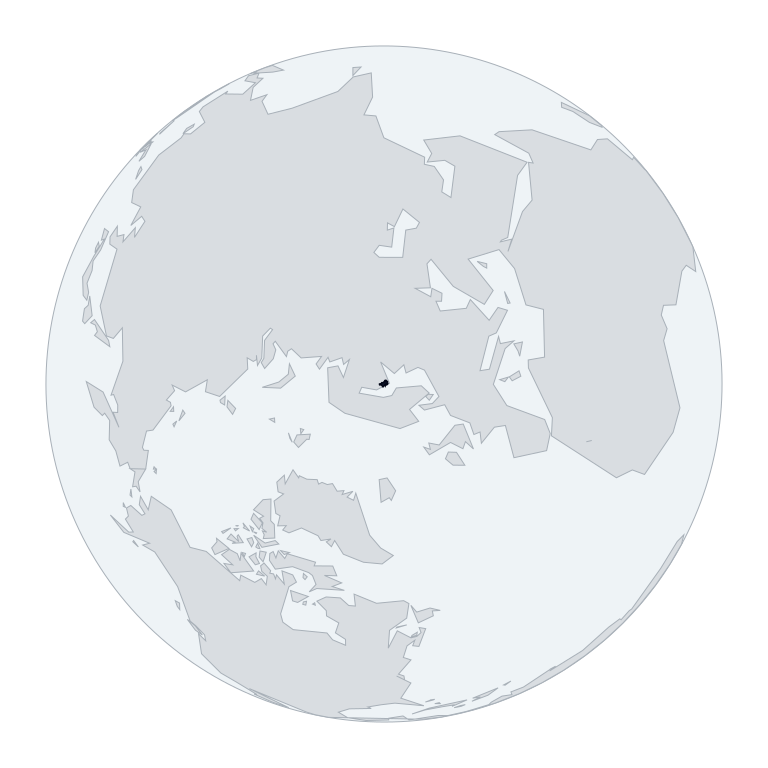 Satakunta highlighted on a globe, orthographic projection, rotated 240°
{"feature_id": "FIN-3192", "entity_name": "Satakunta", "entity_type": "Region", "adm_level": 1, "iso_a3": "FIN", "parent_name": "Finland", "parent_adm1": "", "projection": "orthographic", "projection_center": [22.046, 61.595], "detail": "fine", "context": "on_globe", "style": "filled", "palette": "ink", "viewbox_px": 768, "rotation_deg": 240, "n_neighbors": 0, "source": "natural_earth", "source_scale": "10m", "svg_char_len": 12755}
<svg xmlns="http://www.w3.org/2000/svg" viewBox="0 0 768 768"><g transform="rotate(240 384 384)"><circle cx="384" cy="384" r="338" fill="#eef3f6" stroke="#a8b0b8"/><path d="M52.0,321.1L54.9,308.5L57.0,300.0L57.3,297.8L66.9,267.2L74.1,250.3L122.9,169.5L132.1,158.9L138.7,152.8L187.5,115.1L151.3,139.7L164.1,128.4L180.4,116.5L178.6,118.7L199.4,107.3L215.3,98.2L241.6,91.1L260.4,98.5L250.8,101.2L256.5,103.2L268.8,100.1L275.6,97.6L311.8,104.0L353.1,101.5L365.2,94.5L363.3,101.4L385.6,84.5L407.4,81.5L383.3,88.9L381.2,92.9L396.3,92.5L397.4,96.6L405.4,99.0L405.4,104.0L391.3,108.6L391.1,112.1L401.8,111.7L408.5,117.0L392.9,116.9L403.1,126.3L381.4,136.7L339.5,134.4L327.9,146.3L285.8,160.7L290.1,164.4L276.8,172.9L276.8,180.5L269.0,181.5L275.8,186.8L282.9,184.5L288.2,186.2L288.9,190.6L279.0,192.5L277.3,190.5L274.7,193.4L269.5,192.6L272.5,195.5L260.5,197.6L273.2,202.2L264.3,209.5L256.2,209.1L256.0,200.3L236.6,179.5L228.3,177.3L216.7,182.5L196.9,210.1L188.1,211.6L176.9,220.1L182.1,223.0L192.8,217.5L199.7,225.4L211.9,218.3L216.6,220.7L229.5,217.3L228.5,227.4L220.6,239.2L209.8,242.7L206.0,248.2L217.0,253.0L197.8,267.9L186.5,292.7L181.4,295.8L169.9,286.6L167.9,265.6L153.1,255.6L163.6,272.1L150.7,280.4L149.0,286.2L150.2,291.8L155.5,292.7L151.3,297.8L139.3,283.0L143.0,278.0L146.7,282.6L145.7,273.0L137.5,264.0L131.6,269.4L125.5,251.5L121.2,255.3L117.5,253.9L124.8,248.9L111.6,257.8L103.5,241.5L85.4,257.7L102.2,233.8L107.5,221.5L112.4,208.5L109.4,210.7L120.0,191.6L122.6,180.4L113.3,185.6L101.5,200.3L90.7,220.1L92.2,221.0L87.0,234.5L80.5,237.7L69.8,265.2L65.0,273.4L60.5,286.6L57.7,298.1L53.9,314.5L54.8,317.8L54.7,330.1L51.0,339.5L53.9,340.0L51.8,353.3L53.8,385.0L52.7,384.6L53.9,422.7L61.1,457.1L62.7,470.8L61.3,471.5L65.1,483.1L65.3,486.0L85.9,531.3L101.0,559.2L103.5,568.3L96.9,561.9L97.7,563.6L85.1,541.7L74.2,518.9L65.0,495.4L57.5,471.3L51.9,446.7L48.2,421.7L46.3,396.5L46.3,371.2L48.2,346.1L52.0,321.1ZM80.7,261.0L68.9,298.0L70.8,281.8L71.3,283.7L75.3,273.2L81.2,256.5L84.2,243.3L80.7,261.0ZM86.3,266.5L87.9,260.8L87.0,265.8L86.3,266.5ZM278.5,96.0L269.0,99.6L257.4,101.2L265.1,97.6L278.5,96.0ZM300.7,94.9L296.5,97.4L290.7,94.3L294.8,93.8L300.7,94.9ZM373.6,88.9L365.7,89.8L373.0,87.6L373.6,88.9ZM406.5,98.4L408.4,97.0L411.7,98.9L406.5,98.4ZM229.1,212.1L229.2,214.6L226.8,213.9L229.1,212.1ZM234.6,208.3L231.6,205.7L233.8,203.5L235.6,205.2L234.6,208.3ZM414.8,108.5L419.6,112.3L412.3,109.2L414.8,108.5ZM237.8,212.2L238.0,200.0L241.9,196.4L251.9,199.8L237.8,212.2ZM420.7,114.9L432.4,124.4L437.6,121.8L429.5,135.1L422.3,122.3L412.5,118.8L419.4,118.2L420.7,114.9ZM284.9,181.9L277.3,184.6L283.0,178.4L284.9,181.9ZM287.2,177.6L297.1,157.0L308.6,155.7L303.0,162.6L317.4,158.0L318.1,167.4L310.4,172.1L302.8,171.0L308.9,175.5L287.2,177.6ZM423.2,141.1L423.9,144.3L420.4,141.9L423.2,141.1ZM290.8,186.4L291.8,182.2L301.8,180.7L301.7,188.8L298.5,186.7L290.8,186.4ZM320.8,152.3L328.2,152.8L330.9,160.5L334.1,161.8L319.1,167.5L320.8,152.3ZM296.5,189.3L301.4,193.1L297.2,197.9L290.5,190.4L296.5,189.3ZM304.5,176.9L309.2,176.7L306.5,179.4L304.5,176.9ZM285.3,217.8L286.2,212.4L291.5,211.1L285.3,217.8ZM303.4,194.2L304.9,192.5L307.0,191.5L309.3,194.9L303.4,194.2ZM322.0,172.7L321.6,175.9L328.3,170.7L330.6,176.5L320.1,179.4L325.6,180.6L326.3,182.4L317.0,182.8L322.0,172.7ZM318.2,195.5L305.7,201.5L302.8,211.5L298.0,212.9L303.6,196.6L318.2,195.5ZM318.3,187.9L317.1,192.8L311.8,191.9L309.2,187.9L318.3,187.9ZM335.9,179.5L335.1,169.9L337.4,169.6L335.9,179.5ZM318.4,198.5L321.4,197.0L318.8,199.3L318.4,198.5ZM331.7,185.5L331.1,182.0L333.7,181.8L331.7,185.5ZM327.9,197.0L323.9,198.9L322.0,196.2L327.9,197.0ZM330.5,191.9L334.3,192.4L323.8,194.1L329.8,190.3L330.5,191.9ZM334.3,185.8L335.6,184.6L334.1,187.3L334.3,185.8ZM337.2,206.4L324.5,209.2L320.4,203.1L333.4,201.2L337.2,206.4ZM352.4,720.4L348.2,720.0L325.5,710.2L335.7,705.1L332.8,698.4L306.6,676.4L312.4,665.4L305.1,658.6L290.3,656.8L281.8,647.9L272.7,645.2L215.4,628.4L197.6,610.2L175.4,564.4L185.4,556.1L186.6,538.4L255.4,503.1L270.7,513.0L325.7,517.1L332.7,520.9L327.0,536.5L368.9,559.4L381.5,546.5L418.7,554.8L442.9,550.8L450.1,519.3L410.4,525.3L402.8,510.7L433.9,492.8L468.5,487.1L466.6,481.3L444.1,472.3L451.3,458.8L436.2,468.1L442.9,473.4L433.6,479.6L426.9,475.2L429.7,470.4L419.1,469.2L408.4,493.1L414.0,501.0L386.6,506.9L393.3,521.0L386.1,527.8L372.1,506.8L373.0,498.7L347.5,473.8L344.1,482.7L367.9,507.0L360.8,505.0L356.4,518.1L354.1,506.6L329.0,478.5L303.9,479.6L272.9,505.4L258.0,503.2L245.0,491.5L255.2,459.7L287.4,468.4L291.4,458.0L284.0,438.7L294.4,443.2L295.3,436.6L307.4,438.9L323.5,425.9L335.7,426.2L341.2,406.0L348.1,403.6L342.9,416.1L345.7,425.3L375.8,426.0L381.4,421.7L382.5,408.6L390.7,410.8L387.9,398.2L404.8,392.1L381.9,389.1L382.6,374.6L392.3,363.1L388.5,357.9L372.7,376.8L370.1,385.0L374.4,392.7L363.8,415.4L353.6,418.6L349.2,393.4L334.3,395.4L337.4,375.6L378.2,335.5L395.6,327.2L426.2,343.3L422.7,353.2L409.9,352.1L422.5,366.3L421.1,358.8L427.8,360.8L430.2,348.1L435.1,348.9L429.1,335.5L435.3,335.2L439.1,343.7L448.0,325.3L460.8,321.5L460.5,317.0L456.5,313.2L475.4,311.2L474.3,308.0L467.7,307.4L461.2,300.7L457.1,288.4L463.9,288.4L466.3,292.8L481.5,302.4L486.8,314.7L489.2,313.5L486.2,302.9L467.6,291.1L463.3,283.7L472.7,287.9L468.9,285.8L468.9,282.1L475.1,278.6L465.1,273.5L455.4,235.4L466.6,225.5L476.0,233.1L476.4,208.2L489.0,200.0L482.9,199.3L478.9,187.5L474.9,189.9L471.6,188.7L459.6,160.9L462.0,154.8L449.9,143.1L446.7,142.9L444.3,146.7L429.5,135.1L437.6,121.8L444.4,122.9L444.9,114.3L460.2,118.3L473.1,118.1L489.6,128.2L498.4,127.5L497.5,124.3L508.9,121.3L535.0,127.4L517.5,136.7L479.0,132.8L495.0,135.3L492.5,139.1L498.9,142.9L510.1,144.6L510.8,142.0L534.3,169.3L563.5,185.5L558.8,172.4L564.4,167.7L593.5,177.2L634.3,220.2L642.2,216.5L648.4,220.3L654.0,232.0L645.3,226.7L643.4,233.5L637.6,229.0L643.7,246.8L635.7,241.2L644.4,258.3L650.4,258.0L647.9,244.0L659.0,261.9L667.3,256.2L677.5,264.1L694.9,303.4L698.6,331.4L700.7,335.9L697.3,341.5L700.2,359.7L712.3,360.3L714.5,365.9L715.7,395.2L714.4,391.8L705.6,406.6L709.2,423.3L716.1,415.2L718.7,420.8L715.7,431.2L712.5,427.1L709.3,432.0L706.3,419.0L696.4,410.2L693.1,427.2L689.8,419.7L675.6,418.4L668.8,442.3L660.4,490.3L665.3,510.9L659.8,528.5L638.2,517.6L627.1,501.2L620.2,511.0L597.3,507.0L560.1,532.6L554.1,528.8L547.3,536.3L531.0,537.6L521.5,530.1L512.0,535.2L537.2,554.3L547.3,548.5L554.6,532.4L559.8,540.6L575.4,540.4L560.9,573.9L504.5,618.8L497.9,604.0L449.0,564.4L449.8,557.7L449.5,557.0L448.9,555.8L445.6,567.1L436.8,557.6L464.1,590.2L469.2,604.2L503.7,620.0L500.8,623.6L511.5,624.8L544.6,604.6L545.0,609.8L530.1,639.3L483.3,680.2L489.0,691.1L484.6,700.1L454.1,711.2L455.5,713.6L439.6,717.0L438.0,717.6L409.6,720.9L381.0,721.9L352.4,720.4ZM232.8,530.3L231.2,535.7L232.8,530.3ZM506.2,495.5L526.1,487.9L515.1,471.7L521.8,467.6L515.6,463.8L514.2,470.6L498.7,459.1L506.5,449.2L503.0,441.0L496.1,443.2L484.3,463.5L506.4,479.8L502.8,489.9L506.2,495.5ZM54.0,385.9L53.8,391.5L53.1,386.4L54.0,385.9ZM68.6,282.9L67.3,289.4L65.7,294.1L66.3,289.6L68.6,282.9ZM63.6,337.1L63.3,345.4L62.6,338.3L63.6,337.1ZM67.6,303.7L63.8,330.9L62.5,318.4L65.3,301.5L64.8,311.0L67.6,303.7ZM81.8,268.1L80.4,272.6L79.1,272.9L81.8,268.1ZM85.6,270.3L85.7,268.8L87.4,265.7L85.6,270.3ZM151.4,281.2L152.3,282.6L152.4,288.7L150.0,286.7L151.4,281.2ZM167.0,311.8L159.8,319.5L163.3,312.4L158.6,310.8L160.0,294.3L178.9,296.6L170.1,298.3L167.0,311.8ZM167.1,273.5L164.0,283.3L166.6,272.6L167.1,273.5ZM288.5,399.8L292.9,405.7L288.6,412.6L273.2,413.4L279.2,403.2L288.5,399.8ZM300.1,412.4L300.0,387.9L309.5,386.9L304.2,391.5L310.5,393.3L303.6,401.3L312.8,424.8L309.7,432.6L283.0,429.0L293.4,425.7L288.5,420.0L300.1,412.4ZM282.9,331.7L283.0,322.3L303.6,332.0L301.1,339.7L285.7,340.7L279.5,332.1L282.9,331.7ZM255.4,221.1L254.1,217.8L256.9,217.1L260.2,219.5L255.4,221.1ZM285.3,215.4L263.9,235.6L261.4,232.6L252.0,248.6L241.5,247.2L248.0,236.7L232.9,247.9L234.5,237.9L225.1,246.5L240.5,223.5L241.4,215.3L244.4,224.9L253.9,226.3L258.3,224.5L271.5,213.5L278.0,197.3L288.6,196.6L294.3,200.4L294.3,204.2L287.4,203.4L292.4,209.0L282.5,210.8L285.3,215.4ZM354.9,252.1L346.9,248.5L355.2,262.3L345.4,263.2L346.9,264.8L340.1,269.6L334.6,278.3L330.0,277.3L329.8,281.1L325.3,284.6L323.5,289.6L314.6,289.8L311.7,296.0L309.2,292.5L306.6,303.4L304.5,295.5L298.5,299.5L303.6,305.0L260.2,296.0L243.6,299.1L230.8,306.3L229.1,292.4L239.9,277.1L256.9,263.7L273.1,263.0L269.4,257.1L276.1,255.1L276.3,260.6L280.0,251.1L285.6,251.0L300.6,240.5L302.6,227.3L308.2,223.3L310.2,228.5L314.3,221.0L321.9,228.1L326.0,225.6L337.6,230.3L339.0,242.1L343.6,238.4L352.6,242.1L354.9,252.1ZM340.3,208.1L344.3,221.4L340.9,228.6L322.2,217.5L317.3,218.8L305.2,212.4L310.5,202.2L313.4,204.9L317.6,205.2L314.3,208.3L320.0,206.1L324.3,209.8L329.9,209.2L329.7,213.6L340.3,208.1ZM340.2,515.4L345.6,516.6L353.8,516.5L351.2,524.9L340.2,515.4ZM322.7,496.6L327.5,496.1L327.9,507.5L322.3,506.4L322.7,496.6ZM329.9,486.4L327.8,495.2L325.6,489.8L329.9,486.4ZM347.3,415.1L352.3,413.9L353.0,417.0L350.3,421.4L347.3,415.1ZM377.4,295.1L373.4,291.4L374.8,289.5L371.8,278.2L378.9,276.8L383.4,283.2L377.4,295.1ZM443.6,526.0L436.8,533.1L433.0,530.9L436.1,528.9L443.6,526.0ZM391.9,531.4L403.9,534.6L391.1,533.7L391.9,531.4ZM384.6,291.7L382.5,287.1L387.3,289.3L384.6,291.7ZM383.9,275.3L389.5,276.8L379.4,275.4L383.9,275.3ZM539.2,678.4L513.7,696.0L498.7,701.7L497.3,701.2L507.7,692.8L525.6,683.8L534.8,676.2L539.2,678.4ZM717.4,439.1L715.7,446.7L706.1,453.9L709.7,443.7L718.5,426.1L718.1,430.5L719.6,423.3L719.6,423.8L717.4,439.1ZM721.5,400.3L721.4,398.9L721.4,390.7L721.7,383.4L718.1,338.5L717.8,332.1L720.0,347.7L719.9,347.4L721.8,373.8L721.5,400.3ZM666.7,511.3L673.6,515.3L670.0,522.6L666.7,511.3ZM713.3,315.7L717.0,334.3L712.5,314.4L713.3,315.7ZM708.5,300.8L710.0,303.5L709.2,304.9L708.5,300.8ZM704.0,340.9L703.9,349.6L702.2,347.4L701.3,335.0L704.0,340.9ZM685.4,271.2L691.6,278.3L693.8,282.2L690.7,281.6L685.4,271.2ZM442.0,276.9L438.3,293.9L440.3,306.0L448.8,312.2L435.2,311.1L432.1,292.4L442.0,276.9ZM453.0,240.4L445.5,235.5L449.7,233.1L452.0,233.9L453.0,240.4ZM447.9,240.6L437.0,243.3L433.4,237.7L442.7,236.6L447.9,240.6ZM410.9,267.2L409.3,272.2L405.4,270.2L410.9,267.2ZM711.7,301.5L712.0,303.1L714.3,313.3L708.0,289.0L708.6,289.9L711.7,301.5ZM709.3,294.8L711.7,304.3L708.2,291.9L709.3,294.8ZM711.3,304.3L709.8,301.2L708.9,295.8L711.3,304.3ZM708.4,291.1L705.2,282.9L706.2,283.9L708.4,291.1ZM705.8,294.9L706.6,288.6L708.4,302.4L700.8,290.5L699.4,283.1L705.8,294.9ZM649.5,207.6L645.6,206.2L642.2,199.3L645.9,202.2L649.5,207.6ZM627.5,176.6L640.0,197.0L649.3,214.3L649.9,211.2L658.4,219.7L653.6,221.6L641.8,205.7L636.0,193.6L628.2,187.9L619.8,177.2L611.0,174.0L605.1,168.5L611.2,167.8L627.5,176.6ZM607.4,173.2L589.1,165.4L585.9,155.0L589.2,154.4L599.0,162.2L600.1,167.2L607.4,173.2ZM583.7,160.6L584.6,165.5L559.5,167.3L553.4,165.2L570.8,157.6L572.6,161.9L579.3,163.5L583.7,160.6ZM427.3,143.5L424.2,144.2L425.6,141.7L427.3,143.5ZM469.5,190.3L465.4,188.2L467.2,185.2L469.5,190.3ZM454.8,181.1L455.6,186.0L451.9,180.8L454.8,181.1ZM458.1,197.0L454.6,187.9L462.0,196.7L458.1,197.0Z" fill="#d9dde1" stroke="#a8b0b8" stroke-width="1"/><path d="M382.2,387.2L382.3,387.2L382.3,386.9L382.3,386.7L382.5,386.5L382.4,386.4L382.5,386.3L382.6,386.2L382.4,386.1L382.5,385.9L382.6,385.7L382.5,385.4L382.5,385.2L382.4,385.2L382.6,385.1L382.6,384.9L382.3,384.7L382.2,384.6L382.6,384.7L382.6,384.4L382.5,384.5L382.5,384.4L382.4,384.3L382.4,384.2L382.5,384.1L382.8,384.3L383.0,384.4L382.9,384.2L382.7,383.8L382.6,383.7L382.5,383.3L382.4,383.2L382.4,382.9L382.4,382.7L382.3,382.4L382.2,382.3L382.2,382.2L382.0,381.9L382.2,381.7L382.3,381.5L382.6,381.5L382.9,381.5L383.7,381.7L383.9,381.7L384.0,381.5L384.4,381.1L384.5,381.0L384.8,380.9L384.9,380.7L385.0,380.7L385.3,380.4L385.4,380.2L385.5,379.8L385.8,379.9L386.2,380.0L386.2,380.6L386.0,380.8L386.0,381.0L385.9,381.3L385.7,381.3L385.4,381.6L385.6,381.8L385.7,382.0L385.8,382.1L386.0,382.3L385.9,382.4L385.9,382.5L386.0,382.5L386.2,382.8L386.0,383.0L385.9,383.0L385.8,383.3L385.7,383.4L385.7,383.5L385.8,383.6L385.8,383.8L385.7,384.1L385.6,384.4L385.7,384.6L385.8,384.6L385.9,384.8L385.9,385.0L385.7,385.1L385.5,385.4L385.5,385.5L385.7,385.9L385.7,386.0L385.8,386.1L386.0,386.1L386.3,386.1L386.5,386.2L386.5,386.3L386.5,386.5L386.6,386.8L386.5,387.0L386.3,387.0L386.2,387.0L386.3,387.1L386.2,387.2L386.2,387.3L386.2,387.5L385.9,387.6L385.5,387.6L385.4,387.6L385.5,387.8L384.6,388.0L384.4,388.2L383.9,388.1L383.8,387.9L383.7,387.8L383.7,387.7L383.4,387.5L383.3,387.4L383.2,387.3L383.2,387.5L382.9,387.5L382.9,387.4L382.8,387.2L382.7,387.3L382.7,387.5L382.4,387.5L382.3,387.4L382.2,387.2L382.2,387.2ZM382.2,386.5L382.3,386.5L382.2,386.5L382.1,386.4L382.1,386.5L382.0,386.4L382.1,386.2L382.1,386.3L382.2,386.5ZM382.5,383.8L382.4,383.8L382.4,383.7L382.5,383.8Z" fill="#0f172a" stroke="#020617" stroke-width="1.5"/></g></svg>